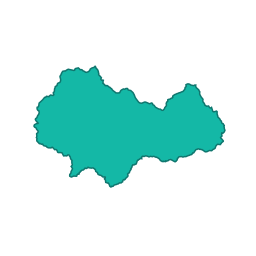 the district of San Miguel, Cajamarca, Peru, rotated 29°
{"feature_id": "86281439B14604088738254", "entity_name": "San Miguel", "entity_type": "district", "adm_level": 2, "iso_a3": "PER", "parent_name": "Peru", "parent_adm1": "Cajamarca", "projection": "mercator", "projection_center": [-78.987, -6.973], "detail": "fine", "context": "isolated", "style": "filled", "palette": "teal", "viewbox_px": 256, "rotation_deg": 29, "n_neighbors": 0, "source": "geoboundaries", "source_scale": "gbopen_adm2", "svg_char_len": 5798}
<svg xmlns="http://www.w3.org/2000/svg" viewBox="0 0 256 256"><g transform="rotate(29 128 128)"><path d="M58.1,184.7L58.6,184.2L60.0,184.2L61.2,183.5L62.5,184.3L62.9,184.3L65.5,183.6L66.1,184.0L67.8,184.0L70.0,182.9L70.6,182.4L70.8,181.8L71.4,181.5L74.4,182.5L75.3,181.8L75.8,181.7L76.9,182.1L78.1,183.2L78.5,183.3L79.0,183.3L80.7,182.3L82.3,181.7L85.2,183.6L87.1,182.4L88.0,182.1L88.5,180.6L88.9,180.4L89.9,180.3L90.2,180.5L90.5,181.0L91.4,181.2L92.3,182.3L93.4,183.1L94.7,183.5L95.3,184.9L96.2,186.2L97.0,186.9L97.2,187.7L96.9,189.2L97.6,189.5L99.1,190.4L99.3,191.1L99.3,193.6L99.9,195.1L99.6,196.8L99.9,197.6L100.4,198.4L102.0,198.4L102.4,198.2L103.8,196.4L106.4,195.1L106.5,194.7L106.1,193.5L106.4,192.7L107.0,192.5L107.5,192.1L107.4,191.6L107.0,191.0L107.5,190.0L107.4,188.9L107.9,188.4L107.8,188.1L108.1,187.3L109.4,186.2L109.9,183.9L110.9,183.8L111.4,183.4L112.0,182.3L112.1,181.7L113.2,181.7L115.5,180.8L116.8,179.8L117.8,180.0L118.5,179.9L119.0,180.2L119.6,180.2L120.8,181.6L122.9,181.8L123.3,182.3L124.4,183.1L126.3,182.9L127.2,182.5L128.0,182.7L128.5,182.6L128.9,182.9L129.7,183.0L130.7,182.6L131.4,182.0L132.0,182.0L132.4,182.9L132.0,183.6L132.0,183.9L133.5,184.5L134.9,186.4L135.9,186.1L136.6,186.2L137.4,185.7L138.8,186.4L140.4,187.8L141.7,187.9L141.8,187.0L142.5,186.8L143.2,186.2L143.6,184.5L145.3,183.0L145.7,182.3L146.5,181.7L147.1,180.2L148.6,179.4L148.8,178.6L149.4,177.7L149.0,176.6L149.1,175.5L149.6,174.9L150.1,175.0L150.4,174.2L150.4,173.2L151.3,170.5L150.9,169.7L150.9,169.3L150.0,168.5L150.3,167.2L150.9,166.5L150.5,165.1L150.7,162.8L150.6,162.4L150.2,162.2L150.4,161.1L150.4,160.3L150.0,159.3L150.0,158.9L150.2,158.7L150.1,157.8L151.2,157.3L151.7,156.7L151.7,156.2L152.5,155.8L152.5,154.7L152.0,152.4L152.1,152.0L152.1,151.4L152.6,151.1L152.6,150.6L153.3,149.6L153.4,149.0L154.1,148.4L154.9,148.2L154.6,147.7L154.1,147.4L154.3,146.7L154.1,146.2L154.4,145.7L154.9,145.3L155.5,145.3L156.0,145.0L157.0,143.7L158.9,143.2L160.4,143.1L161.5,141.8L163.3,141.3L163.7,140.7L164.5,140.2L165.2,140.2L166.7,140.0L167.2,139.6L167.7,139.7L168.7,139.6L169.2,139.8L170.1,139.7L172.3,140.8L172.8,140.6L174.2,140.8L174.6,140.3L175.4,140.1L175.4,139.7L176.4,139.5L177.1,139.2L176.9,138.5L178.0,138.2L178.1,137.8L179.1,136.9L179.1,136.4L179.3,136.0L180.7,134.8L185.1,134.8L185.6,134.7L186.2,133.7L186.1,133.2L186.5,132.1L186.0,130.7L186.3,130.2L186.3,129.5L186.5,128.6L186.9,128.2L188.7,127.0L190.1,126.8L191.4,125.5L192.5,125.0L194.0,123.0L194.8,122.3L195.4,121.4L196.6,120.3L196.7,120.0L196.6,119.5L196.7,118.4L197.4,118.1L197.5,117.9L197.8,114.2L198.3,113.5L198.7,113.3L199.1,112.6L200.0,111.9L200.9,112.0L201.8,111.4L202.6,111.4L203.2,111.0L207.1,111.4L208.5,110.5L210.0,108.3L212.2,107.3L212.8,105.4L213.3,104.9L214.0,103.6L213.6,101.2L214.0,99.2L214.3,98.8L214.8,98.5L215.7,98.3L216.9,97.6L216.7,97.0L217.0,96.2L217.0,95.4L217.8,93.5L217.6,93.1L215.6,92.2L214.3,91.9L213.6,91.5L213.7,90.8L214.1,89.4L213.0,88.3L212.4,86.9L212.5,86.7L213.5,86.7L214.1,84.8L213.9,83.0L212.3,81.6L211.8,80.7L211.2,80.2L211.1,79.3L210.9,79.0L210.2,78.9L209.1,78.1L208.3,78.2L207.8,78.2L207.4,78.0L206.3,76.7L205.2,76.5L203.8,75.5L201.2,74.8L200.7,74.0L199.1,72.5L198.0,70.5L197.2,70.3L195.3,72.2L194.5,72.4L194.1,72.3L191.1,69.5L190.8,70.3L190.4,70.5L189.8,70.6L189.0,70.4L187.8,69.7L186.2,70.9L184.9,70.7L184.5,70.9L184.2,70.8L183.3,69.9L181.9,69.1L181.1,68.9L180.2,68.0L179.8,66.7L178.9,66.1L178.1,65.9L176.6,65.2L174.2,63.6L173.2,61.5L172.0,60.9L171.3,60.3L168.1,59.6L166.7,58.5L166.5,57.6L165.6,58.0L165.0,59.0L164.4,59.3L162.0,60.0L160.7,59.8L159.3,60.2L158.6,60.7L157.9,61.7L157.7,62.2L158.6,63.1L158.7,63.8L158.3,64.8L158.9,66.5L158.4,69.3L157.0,70.9L156.4,71.9L155.7,72.3L154.9,73.5L154.2,74.1L153.8,74.8L152.9,75.8L151.8,77.8L151.7,78.6L152.3,79.4L152.3,80.1L151.4,80.9L150.7,82.4L149.6,83.3L149.1,83.9L149.8,85.5L149.3,86.5L149.5,88.0L150.6,89.5L150.7,90.1L150.3,92.4L150.5,93.6L150.4,94.3L150.0,95.6L149.3,96.0L148.8,96.1L147.2,95.8L146.3,96.3L145.3,96.5L141.9,96.5L139.8,95.5L138.8,95.6L138.3,95.5L137.5,94.7L136.8,94.6L136.3,94.8L135.3,96.2L134.3,96.5L133.4,96.5L130.9,96.8L129.8,97.4L128.1,99.6L127.0,100.1L125.8,100.4L124.4,100.1L120.4,98.3L119.5,97.8L117.4,96.0L115.2,94.6L112.2,93.9L109.9,94.6L109.3,94.4L108.7,93.8L108.1,93.8L107.0,94.5L106.3,95.7L105.0,96.1L103.8,98.0L103.5,99.2L103.6,101.3L102.0,102.4L100.2,103.2L99.5,102.9L97.0,102.6L95.6,102.2L94.7,101.6L93.2,101.5L92.6,101.2L91.8,101.4L90.8,101.1L89.2,101.0L88.8,101.4L88.0,101.5L87.6,102.0L85.6,101.2L84.4,101.1L84.1,100.2L83.4,99.1L83.3,98.2L82.9,98.2L81.7,99.0L81.1,98.8L80.5,98.4L80.4,97.0L79.4,96.6L79.0,96.3L78.3,96.2L76.5,95.6L75.9,94.3L75.1,93.7L74.7,93.0L73.6,92.1L72.7,91.5L71.8,91.5L71.2,91.1L70.7,91.0L70.3,90.4L69.3,90.0L68.9,91.4L67.2,93.2L66.4,94.8L66.6,95.9L66.2,97.8L64.9,99.3L63.7,99.9L62.9,99.6L60.9,99.8L59.6,99.4L58.8,99.6L58.0,100.2L56.8,99.8L55.4,99.5L53.3,101.4L53.0,102.3L53.3,103.3L52.8,103.9L47.2,105.6L46.1,107.3L45.7,108.4L44.9,108.8L43.4,110.1L43.3,112.5L43.6,114.1L43.4,114.9L43.6,116.1L45.5,118.1L46.0,119.0L46.3,120.0L46.3,121.2L45.2,122.5L44.9,123.1L44.9,124.0L45.3,125.2L45.3,125.4L44.3,127.0L44.7,128.1L44.8,129.4L45.9,131.8L45.8,132.5L45.5,133.1L45.5,133.3L46.0,134.0L47.0,134.8L47.0,135.1L46.7,135.9L44.3,136.7L43.7,138.1L43.7,138.9L41.3,139.8L41.1,141.1L40.5,141.3L40.1,142.2L39.7,144.7L38.2,149.3L39.0,151.4L39.3,152.8L39.2,153.2L38.5,153.9L38.8,154.7L39.6,155.7L39.9,155.9L40.8,156.3L41.7,156.2L42.9,157.6L43.2,159.2L43.0,161.2L43.3,163.2L42.7,164.6L42.7,165.2L43.1,165.7L44.3,166.4L46.7,167.1L47.1,167.4L46.9,167.9L46.0,168.3L44.6,170.5L44.8,171.9L45.8,172.5L47.3,172.5L48.0,172.8L48.6,173.4L50.9,174.3L51.2,175.0L51.4,175.9L50.8,177.1L50.9,177.5L52.0,178.9L52.5,180.2L52.5,180.8L53.7,181.5L53.8,182.3L54.5,183.5L58.1,184.7Z" fill="#14b8a6" stroke="#0f766e" stroke-width="1.5"/></g></svg>